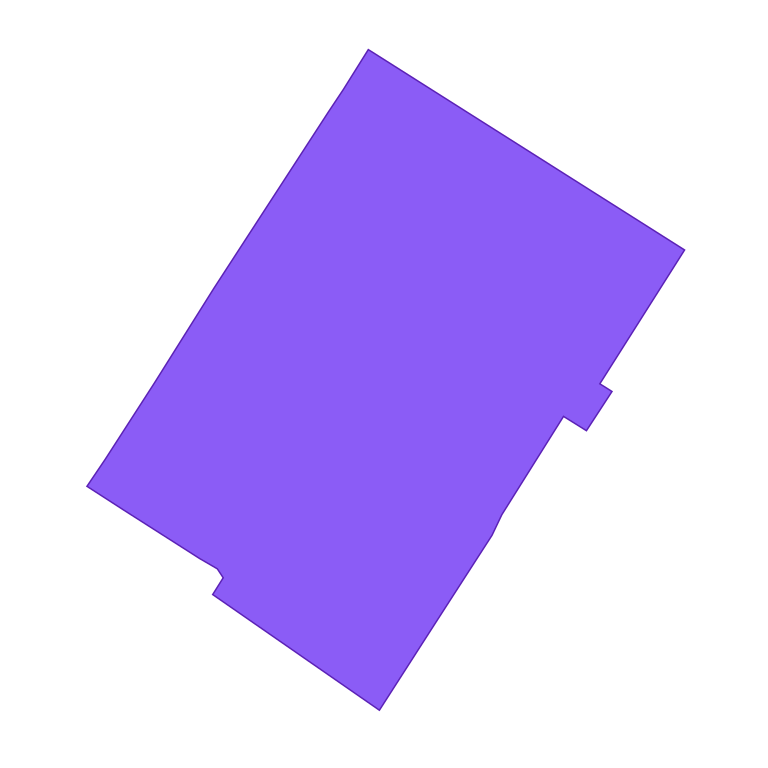 the district of McKean, Pennsylvania, United States of America, rotated 303°
{"feature_id": "52423323B34391265633420", "entity_name": "McKean", "entity_type": "district", "adm_level": 2, "iso_a3": "USA", "parent_name": "United States of America", "parent_adm1": "Pennsylvania", "projection": "albers", "projection_center": [-78.629, 41.801], "detail": "fine", "context": "isolated", "style": "filled", "palette": "violet", "viewbox_px": 768, "rotation_deg": 303, "n_neighbors": 0, "source": "geoboundaries", "source_scale": "gbopen_adm2", "svg_char_len": 435}
<svg xmlns="http://www.w3.org/2000/svg" viewBox="0 0 768 768"><g transform="rotate(303 384 384)"><path d="M655.9,188.7L608.8,189.5L581.9,189.2L371.4,189.2L259.8,190.9L168.6,191.2L136.4,190.6L136.5,234.9L137.2,324.4L138.2,344.9L133.9,354.7L114.1,355.0L107.9,557.8L210.8,557.3L315.9,557.0L338.6,554.0L454.6,552.2L455.1,579.2L501.9,579.3L501.7,564.9L660.1,563.1L655.9,188.7Z" fill="#8b5cf6" stroke="#5b21b6" stroke-width="1.5"/></g></svg>